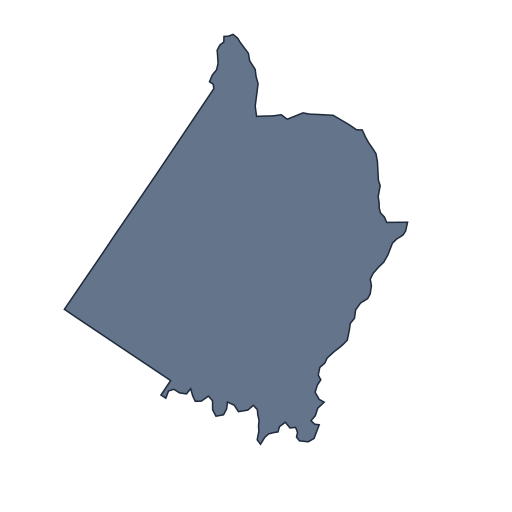 Medianeira, Paraná, Brazil (Robinson projection), rotated 215°
{"feature_id": "56859067B12275728934529", "entity_name": "Medianeira", "entity_type": "district", "adm_level": 2, "iso_a3": "BRA", "parent_name": "Brazil", "parent_adm1": "Paraná", "projection": "robinson", "projection_center": [-54.121, -25.266], "detail": "fine", "context": "isolated", "style": "filled", "palette": "slate", "viewbox_px": 512, "rotation_deg": 215, "n_neighbors": 0, "source": "geoboundaries", "source_scale": "gbopen_adm2", "svg_char_len": 1751}
<svg xmlns="http://www.w3.org/2000/svg" viewBox="0 0 512 512"><g transform="rotate(215 256 256)"><path d="M116.3,175.4L122.0,174.8L129.4,178.3L131.7,185.4L131.9,191.7L136.7,194.2L139.8,201.3L138.2,207.8L139.2,213.2L137.1,222.6L135.1,228.9L133.9,233.6L133.0,239.5L137.1,249.0L140.1,254.8L139.6,261.4L143.5,269.1L143.4,277.5L140.1,285.1L140.7,290.4L144.4,297.9L149.1,302.5L150.1,308.9L149.2,317.1L147.8,324.2L148.6,332.6L151.6,344.8L150.5,350.6L147.6,357.4L147.8,362.4L151.2,370.6L168.2,358.5L173.2,361.6L178.6,362.6L182.5,365.9L185.8,370.4L189.9,374.6L194.6,384.8L199.2,388.3L210.7,403.0L216.4,408.6L221.4,410.7L228.7,413.4L234.5,416.2L241.3,420.2L246.1,417.0L254.7,417.0L273.5,415.5L286.6,407.4L293.2,403.1L299.6,400.2L308.9,385.9L316.3,386.2L322.6,380.4L330.8,374.4L335.6,370.7L342.6,378.3L353.1,398.3L358.9,403.1L363.7,408.4L373.2,412.3L378.4,417.6L392.0,422.1L395.9,423.9L401.9,424.4L404.7,420.2L408.2,417.5L405.1,412.8L406.6,408.3L405.9,402.3L402.4,398.1L397.5,391.9L395.1,385.9L395.6,379.1L394.0,372.0L389.5,372.2L386.5,368.7L384.5,265.6L384.1,231.1L383.7,193.0L383.2,169.1L382.7,125.8L382.4,102.4L367.4,102.6L254.5,105.0L254.1,87.6L248.3,87.8L250.2,95.3L246.8,99.7L240.2,100.0L233.9,103.1L233.4,109.8L227.6,105.1L222.4,102.1L217.5,105.8L214.6,114.0L208.5,112.4L203.3,105.1L196.9,101.8L191.5,107.3L192.4,114.0L195.6,120.0L188.3,121.3L181.1,118.4L174.3,125.1L172.5,132.2L166.8,130.9L163.4,126.9L159.3,123.2L156.4,118.1L153.2,114.2L149.6,106.1L144.3,104.4L144.8,112.4L143.7,117.4L140.3,121.4L137.1,124.5L138.9,129.7L136.6,136.6L129.5,134.6L125.3,138.3L120.8,135.3L119.0,130.9L114.4,129.5L106.7,133.7L103.8,139.8L107.4,154.0L111.5,151.9L116.5,152.7L115.8,159.1L118.1,166.9L116.3,175.4Z" fill="#64748b" stroke="#1e293b" stroke-width="1.5"/></g></svg>